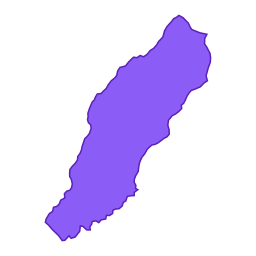 the district of Ourizona, Paraná, Brazil
{"feature_id": "56859067B49568811571304", "entity_name": "Ourizona", "entity_type": "district", "adm_level": 2, "iso_a3": "BRA", "parent_name": "Brazil", "parent_adm1": "Paraná", "projection": "albers", "projection_center": [-52.237, -23.461], "detail": "fine", "context": "isolated", "style": "filled", "palette": "violet", "viewbox_px": 256, "rotation_deg": 0, "n_neighbors": 0, "source": "geoboundaries", "source_scale": "gbopen_adm2", "svg_char_len": 1913}
<svg xmlns="http://www.w3.org/2000/svg" viewBox="0 0 256 256"><path d="M137.8,189.7L135.5,188.4L135.9,185.4L134.2,182.3L134.3,179.4L135.7,175.7L138.2,171.4L139.1,164.6L140.1,161.2L141.9,157.3L144.7,153.8L147.2,149.3L149.7,146.9L151.9,145.0L154.9,144.4L157.5,143.2L160.8,140.8L164.3,138.1L166.8,137.0L169.2,134.3L169.1,129.7L167.8,125.2L168.5,120.2L172.2,115.7L175.5,114.0L178.7,111.6L181.7,108.5L181.3,105.1L183.6,103.4L185.5,99.7L187.2,95.8L189.4,92.5L191.4,90.4L195.0,89.1L200.4,86.8L204.0,83.0L207.4,80.8L206.1,75.8L208.3,67.7L210.3,62.3L210.6,57.5L210.0,53.4L208.4,50.3L206.7,47.0L204.6,43.9L204.7,38.6L206.9,34.3L199.9,32.8L191.9,29.6L190.3,27.4L188.3,23.1L183.2,17.8L178.9,15.4L176.5,17.3L173.6,18.7L171.6,21.5L169.1,24.2L166.8,26.9L164.5,31.0L162.9,37.0L158.5,41.6L156.9,44.6L153.5,48.5L150.3,50.4L147.2,54.3L143.6,56.8L140.1,55.5L136.9,57.7L133.6,57.2L131.5,59.1L128.7,61.9L125.6,65.9L122.9,66.7L120.0,67.4L117.7,70.9L116.7,75.4L114.8,77.9L111.3,80.7L108.2,84.8L106.2,88.5L103.7,90.8L101.3,93.4L97.3,94.0L95.5,96.9L94.3,100.0L92.3,101.9L91.0,104.8L89.3,109.0L87.9,113.3L88.1,116.8L87.5,119.7L88.5,122.8L90.6,124.7L91.2,128.3L89.4,133.4L87.4,136.2L84.8,138.6L83.7,141.9L82.1,146.5L81.5,149.8L80.0,153.4L77.7,156.6L77.5,159.9L75.4,163.1L72.1,166.5L69.9,169.5L69.6,173.5L69.7,176.6L71.3,179.3L72.3,183.9L71.6,187.6L69.9,190.2L66.7,191.2L64.4,193.7L64.8,197.9L60.7,200.2L59.2,204.1L56.8,206.4L53.5,207.3L52.6,211.4L49.5,213.5L47.7,216.3L46.0,219.3L45.4,222.3L48.6,225.2L51.9,229.1L58.6,235.6L62.2,240.6L64.9,240.3L69.0,235.8L71.1,238.3L75.1,237.1L79.7,231.3L80.3,225.9L82.9,226.4L86.7,229.9L90.3,229.9L89.8,226.7L91.6,224.4L92.3,221.4L96.0,220.9L98.8,222.6L101.1,219.9L105.7,219.0L106.5,215.3L109.6,215.5L112.6,213.5L112.9,210.3L115.6,209.0L119.1,208.7L122.2,206.0L123.3,202.4L125.8,201.0L127.3,196.4L130.4,195.8L134.2,195.6L134.3,192.3L137.8,189.7Z" fill="#8b5cf6" stroke="#5b21b6" stroke-width="1.5"/></svg>